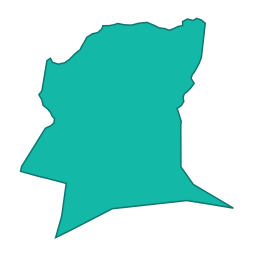 the district of Maribondo, Alagoas, Brazil, rotated 91°
{"feature_id": "56859067B82733946406585", "entity_name": "Maribondo", "entity_type": "district", "adm_level": 2, "iso_a3": "BRA", "parent_name": "Brazil", "parent_adm1": "Alagoas", "projection": "equal_earth", "projection_center": [-36.32, -9.554], "detail": "fine", "context": "isolated", "style": "filled", "palette": "teal", "viewbox_px": 256, "rotation_deg": 91, "n_neighbors": 0, "source": "geoboundaries", "source_scale": "gbopen_adm2", "svg_char_len": 1049}
<svg xmlns="http://www.w3.org/2000/svg" viewBox="0 0 256 256"><g transform="rotate(91 128 128)"><path d="M168.3,233.7L173.2,234.7L177.9,216.6L179.5,209.2L183.1,194.3L184.5,188.8L217.0,192.7L238.8,198.4L231.4,184.0L214.2,152.0L209.0,142.4L199.5,68.1L202.9,43.7L206.3,21.3L203.3,26.5L190.8,48.5L183.3,61.7L165.9,74.4L124.4,75.3L120.6,74.9L107.6,79.2L104.6,75.1L100.6,72.7L96.5,73.4L93.0,72.4L89.9,68.7L86.6,65.7L82.2,62.6L77.4,65.8L73.6,64.7L70.4,62.3L62.3,58.1L56.3,55.9L21.9,52.6L18.7,56.6L17.2,61.4L19.4,64.6L18.0,70.6L20.7,75.3L24.6,75.1L25.6,79.7L28.0,84.4L29.6,88.6L28.0,92.9L27.4,98.5L24.8,103.9L22.1,110.9L23.1,119.1L25.1,126.3L24.9,133.5L23.7,140.0L25.3,144.8L26.0,149.1L26.2,154.9L29.4,155.9L33.1,159.9L34.5,165.4L38.1,170.8L43.2,173.4L47.4,175.8L50.6,177.3L54.4,182.0L60.5,187.8L63.9,192.4L65.4,198.7L63.7,204.6L59.6,206.8L62.1,210.2L92.4,214.7L96.2,217.7L101.2,214.7L106.7,213.3L110.8,208.3L114.0,205.6L117.2,204.2L120.1,201.6L124.3,202.2L127.0,205.1L129.7,210.6L168.3,233.7Z" fill="#14b8a6" stroke="#0f766e" stroke-width="1.5"/></g></svg>